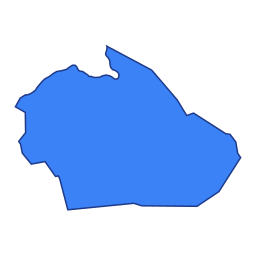 Watauga, North Carolina, United States of America (Robinson projection)
{"feature_id": "52423323B71278285569772", "entity_name": "Watauga", "entity_type": "district", "adm_level": 2, "iso_a3": "USA", "parent_name": "United States of America", "parent_adm1": "North Carolina", "projection": "robinson", "projection_center": [-81.756, 36.251], "detail": "fine", "context": "isolated", "style": "filled", "palette": "blue", "viewbox_px": 256, "rotation_deg": 0, "n_neighbors": 0, "source": "geoboundaries", "source_scale": "gbopen_adm2", "svg_char_len": 1183}
<svg xmlns="http://www.w3.org/2000/svg" viewBox="0 0 256 256"><path d="M230.0,134.3L225.7,133.7L193.6,113.1L186.7,115.5L177.2,99.9L151.7,70.1L106.8,46.2L107.1,47.6L106.6,50.6L105.9,52.4L105.6,54.4L106.4,55.8L108.9,58.8L109.9,61.5L109.9,63.5L110.1,64.9L110.6,67.1L111.2,68.1L112.7,69.7L114.9,70.3L117.8,72.3L119.0,74.7L118.7,76.7L118.0,78.6L115.2,79.2L113.2,78.0L111.4,76.6L109.0,75.6L106.5,75.1L104.6,75.3L102.4,75.9L100.0,77.1L98.3,77.3L95.1,77.5L93.4,77.2L92.1,76.8L91.2,76.4L89.4,76.6L88.0,75.2L83.6,72.1L82.0,71.3L80.7,71.3L79.0,70.7L77.7,68.9L76.9,67.1L75.2,65.3L72.5,65.2L68.9,67.5L66.6,69.3L62.0,70.6L56.7,71.5L52.8,73.8L50.7,75.6L48.1,77.2L45.0,78.8L42.1,81.5L36.7,88.0L35.8,89.8L34.2,91.2L30.4,93.8L26.8,95.0L25.3,94.9L20.2,98.1L15.4,106.8L25.3,112.4L25.6,132.7L18.8,141.2L19.0,141.5L19.1,142.1L19.6,142.8L19.8,143.1L20.5,144.0L20.6,144.3L22.3,153.1L31.3,164.1L45.0,161.6L55.5,176.4L55.9,176.2L56.3,176.3L56.8,176.4L57.0,176.3L57.4,176.1L58.2,175.9L58.4,175.9L59.8,179.1L67.8,209.8L133.9,203.3L141.4,205.7L142.0,205.8L197.0,206.3L218.9,191.6L240.6,157.6L237.6,153.1L237.6,152.9L237.6,152.7L235.8,142.0L230.0,134.3Z" fill="#3b82f6" stroke="#1e3a8a" stroke-width="1.5"/></svg>